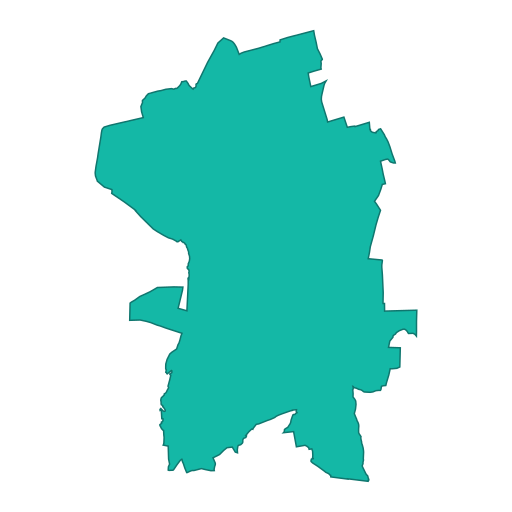 the district of Todiresti, Vaslui, Romania
{"feature_id": "2599482B7310026147144", "entity_name": "Todiresti", "entity_type": "district", "adm_level": 2, "iso_a3": "ROU", "parent_name": "Romania", "parent_adm1": "Vaslui", "projection": "albers", "projection_center": [27.385, 46.85], "detail": "fine", "context": "isolated", "style": "filled", "palette": "teal", "viewbox_px": 512, "rotation_deg": 0, "n_neighbors": 0, "source": "geoboundaries", "source_scale": "gbopen_adm2", "svg_char_len": 6042}
<svg xmlns="http://www.w3.org/2000/svg" viewBox="0 0 512 512"><path d="M368.4,480.8L368.8,480.1L368.8,479.4L368.1,477.7L367.8,476.2L367.4,475.4L366.5,474.8L365.5,473.0L362.4,466.6L362.2,465.8L363.0,463.7L363.0,462.1L363.5,460.1L363.3,458.7L363.6,452.2L363.5,450.6L363.1,447.9L362.3,444.9L361.7,443.3L361.6,441.9L360.9,438.9L360.8,437.4L361.0,436.6L358.9,433.4L358.6,432.2L358.6,428.9L358.8,426.0L358.6,424.2L358.0,422.5L356.8,420.2L356.7,419.3L355.8,417.3L354.3,413.6L355.5,409.1L356.0,404.4L355.7,401.0L354.8,399.3L353.0,396.9L353.1,393.6L352.8,390.2L352.6,389.8L353.0,389.4L353.3,387.9L352.9,386.4L353.4,386.6L353.4,387.2L353.8,387.6L356.4,388.2L358.6,389.3L360.9,389.8L362.0,390.4L363.6,391.7L364.5,392.0L370.1,392.3L372.9,391.9L375.8,390.7L378.4,390.4L380.4,390.4L380.9,389.6L381.5,386.3L382.9,385.8L385.8,385.5L386.5,382.6L388.8,375.0L390.2,368.7L391.8,368.8L396.0,368.4L396.9,368.3L399.8,367.0L400.3,347.8L388.5,347.4L389.8,341.1L392.9,337.3L393.0,336.2L393.4,335.4L395.5,334.0L396.4,332.6L399.3,330.7L403.1,329.2L404.7,329.2L406.4,330.4L407.5,331.8L408.1,333.0L408.6,333.5L413.0,333.3L414.9,334.3L416.4,336.1L416.5,331.9L416.5,321.1L416.8,310.2L384.6,311.1L384.5,303.5L383.1,303.5L383.0,302.9L383.2,292.8L382.4,274.9L381.8,267.3L381.8,265.0L382.4,260.6L382.3,260.2L381.9,260.0L368.2,258.7L369.4,252.8L370.3,246.7L373.3,235.9L376.0,224.8L378.1,217.6L380.5,210.3L376.4,203.9L374.5,201.3L378.5,195.5L380.7,189.6L382.3,184.4L385.4,183.7L384.9,181.3L383.2,174.2L382.2,169.0L380.5,161.2L385.3,159.5L387.3,159.1L387.9,159.2L388.5,159.6L390.3,161.9L393.6,163.0L395.3,163.0L394.9,161.4L392.1,153.9L389.9,146.8L388.1,142.0L386.5,138.8L385.1,136.6L384.4,134.8L380.6,128.8L378.5,129.5L378.0,130.6L376.2,131.7L376.2,132.7L375.7,132.9L372.4,132.3L370.6,131.0L370.4,129.5L369.9,129.5L369.3,122.3L355.1,126.6L355.0,126.2L354.7,126.1L350.8,126.6L347.3,127.3L343.9,117.1L327.6,122.0L327.1,119.4L321.7,102.0L321.3,99.2L321.5,96.4L322.0,94.0L324.0,85.4L324.6,83.5L326.1,80.9L321.3,83.4L310.8,86.6L308.8,77.1L308.2,73.0L313.8,71.2L321.2,69.1L320.9,67.8L321.2,63.6L320.9,61.2L321.4,60.4L322.3,59.5L322.3,59.1L320.1,54.0L317.4,48.7L316.2,42.6L314.5,35.4L313.7,30.7L287.6,37.5L280.1,39.9L280.0,41.9L273.6,43.6L258.8,48.2L244.2,52.0L241.1,53.2L239.2,54.4L236.4,47.2L234.7,44.3L233.3,42.5L232.3,41.6L230.9,40.8L223.6,37.9L217.9,43.0L214.2,50.5L207.7,62.2L197.4,83.5L196.5,83.8L196.1,84.1L196.0,84.6L196.1,85.9L195.8,87.0L195.1,87.7L193.6,88.1L193.1,89.1L192.4,88.6L189.4,85.8L188.5,84.5L188.1,83.5L186.3,81.0L185.2,81.0L183.2,81.6L181.8,81.7L180.8,84.1L179.7,85.7L177.5,87.9L176.8,88.4L175.4,88.4L173.9,89.2L171.5,88.6L165.7,89.3L161.0,90.6L157.8,91.1L148.4,93.7L146.3,95.9L145.0,98.1L142.6,100.3L142.4,100.6L142.5,102.9L142.0,103.8L140.9,106.6L141.6,111.8L143.3,117.6L110.0,125.3L104.1,127.1L102.4,128.9L101.9,130.2L101.4,132.9L100.9,136.8L98.1,153.9L97.6,157.6L96.0,166.4L95.2,172.3L95.2,173.3L95.5,176.0L97.2,180.5L97.3,181.1L104.4,187.1L111.9,189.6L112.0,191.8L111.7,193.4L124.1,201.8L134.8,209.7L135.7,210.5L135.4,210.7L140.7,216.6L153.2,228.9L157.3,231.6L163.8,235.4L168.4,237.8L172.6,239.1L176.1,241.0L176.6,241.6L177.9,241.8L180.8,239.9L181.8,241.5L182.7,241.9L183.1,242.5L183.8,242.5L184.4,242.9L185.0,243.6L185.1,244.1L185.7,244.4L186.1,244.9L186.7,247.2L187.4,248.2L187.7,249.4L188.1,250.6L188.4,251.1L188.5,251.9L188.7,252.4L188.6,253.4L189.5,256.1L189.7,258.7L189.3,261.3L188.2,263.9L188.3,265.7L187.3,266.6L187.2,268.1L187.7,268.5L188.1,269.3L188.7,269.7L189.0,270.6L189.1,271.6L188.8,272.6L189.2,274.8L189.0,277.2L188.3,277.8L188.0,278.7L188.8,278.8L188.6,280.0L188.2,280.1L188.2,284.5L186.9,310.8L178.1,308.3L182.5,290.2L182.9,287.1L173.9,286.9L157.4,287.5L150.0,291.8L139.8,296.5L134.7,300.2L131.4,302.1L130.1,303.1L129.7,320.3L140.1,320.0L146.2,321.3L150.8,322.6L157.1,325.1L160.3,326.0L165.7,328.0L182.0,333.3L181.0,335.8L180.0,339.8L179.0,343.0L178.0,344.7L176.6,349.0L171.7,352.3L169.8,354.0L167.1,359.4L165.8,364.0L165.7,366.4L165.7,369.0L166.3,369.6L165.8,372.3L166.4,372.6L166.8,373.6L167.2,373.9L171.4,370.5L171.8,370.8L171.9,372.4L171.6,372.9L169.9,373.9L169.9,374.5L170.8,375.2L169.7,380.0L168.0,386.2L168.6,387.5L168.5,388.0L167.4,389.9L166.3,392.2L165.8,392.9L164.2,394.0L164.2,395.1L161.4,397.7L160.9,399.2L160.8,400.4L161.1,402.1L161.1,403.8L161.3,404.7L162.7,405.6L162.8,406.8L163.3,407.0L165.2,409.9L165.2,410.8L165.0,411.2L164.3,411.4L163.2,411.0L160.8,408.5L160.0,409.4L160.1,410.4L160.9,410.0L161.3,410.4L161.8,418.7L162.9,418.7L163.0,419.4L162.9,420.7L162.5,421.6L161.4,422.1L161.4,422.7L161.6,423.3L159.9,424.6L159.9,425.2L160.0,425.7L160.6,426.7L161.5,428.6L163.1,430.3L163.6,430.5L163.8,434.8L164.1,437.4L163.9,442.7L163.6,444.2L163.2,445.1L168.2,446.1L168.6,459.1L169.6,464.1L168.4,466.8L168.2,470.1L169.0,470.4L173.0,470.2L173.7,469.6L177.0,464.7L180.3,460.3L181.9,459.2L182.0,459.3L182.4,461.5L183.4,463.7L184.8,468.0L186.7,472.6L187.1,472.6L190.5,471.0L192.1,470.5L194.0,470.5L201.4,468.6L205.1,469.5L210.9,470.7L214.3,470.6L214.1,469.4L214.6,466.7L215.3,464.6L215.3,463.2L213.0,457.8L219.6,454.5L223.8,450.3L227.0,447.7L232.3,447.1L235.3,452.1L237.5,452.8L237.3,449.8L237.8,446.5L238.3,445.4L240.7,444.7L242.4,443.1L242.8,442.1L242.8,439.7L243.7,438.3L245.8,437.5L246.5,436.0L245.7,435.6L248.7,431.9L251.0,429.7L251.9,429.0L252.8,429.3L252.9,428.8L253.8,427.5L256.3,424.3L258.7,423.9L267.5,420.4L270.5,419.4L274.7,417.5L276.2,416.3L278.4,415.2L282.0,413.8L290.3,410.9L292.4,410.4L292.4,410.1L296.5,409.7L296.2,411.4L297.0,412.7L296.1,413.1L294.9,414.5L293.9,414.4L292.9,414.9L291.1,420.0L290.7,422.3L290.2,423.6L287.8,427.3L285.3,428.8L284.5,429.5L284.3,431.4L283.8,432.4L283.5,432.7L293.6,431.6L296.4,446.8L305.0,445.3L306.7,446.1L308.7,447.7L309.1,449.3L311.8,448.9L312.6,451.3L312.8,455.8L312.6,457.7L313.3,458.4L313.3,458.7L313.0,458.8L311.8,458.9L311.4,459.1L311.0,460.7L311.0,461.2L311.3,461.7L312.7,463.0L317.8,466.3L324.2,471.0L325.8,472.3L328.6,473.6L330.4,475.4L330.7,475.4L330.8,476.9L347.8,479.1L347.7,478.8L368.0,481.3L368.1,480.6L368.4,480.8Z" fill="#14b8a6" stroke="#0f766e" stroke-width="1.5"/></svg>